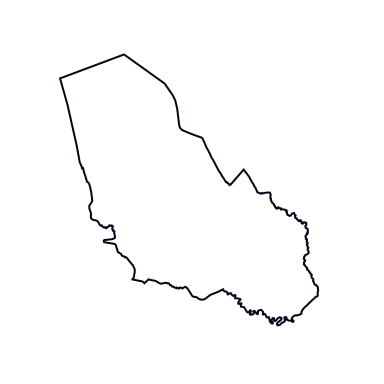 Bang Kaeo, Phatthalung, Thailand, rotated 257°
{"feature_id": "78962969B48542053253102", "entity_name": "Bang Kaeo", "entity_type": "district", "adm_level": 2, "iso_a3": "THA", "parent_name": "Thailand", "parent_adm1": "Phatthalung", "projection": "orthographic", "projection_center": [100.142, 7.416], "detail": "fine", "context": "isolated", "style": "outline", "palette": "ink", "viewbox_px": 384, "rotation_deg": 257, "n_neighbors": 0, "source": "geoboundaries", "source_scale": "gbopen_adm2", "svg_char_len": 5919}
<svg xmlns="http://www.w3.org/2000/svg" viewBox="0 0 384 384"><g transform="rotate(257 192 192)"><path d="M332.4,89.0L305.1,90.3L263.1,90.1L246.2,89.3L242.3,90.1L239.8,90.2L239.6,90.4L239.8,91.2L234.4,91.3L231.0,91.7L225.6,92.0L224.9,92.8L223.9,93.4L222.6,93.7L218.8,93.8L214.6,93.8L206.2,92.9L205.2,92.4L204.6,91.9L201.9,89.0L201.3,88.7L199.0,88.3L193.9,88.8L190.3,87.8L189.2,87.7L188.7,88.0L187.1,89.3L185.8,92.3L184.5,93.6L183.6,94.0L181.2,94.5L180.2,95.0L179.7,95.5L179.8,96.6L178.6,96.9L177.5,97.8L177.2,98.5L177.3,99.1L177.2,99.6L177.1,99.8L176.3,99.7L176.1,99.9L176.0,100.6L176.8,101.1L176.8,101.7L177.2,102.8L177.2,103.3L177.9,103.6L178.1,104.0L177.5,105.0L177.5,106.3L176.6,107.1L176.3,107.1L176.1,106.5L175.4,106.7L174.9,106.4L174.4,106.3L174.2,106.0L174.0,105.9L172.5,106.3L172.5,106.8L172.2,107.2L171.9,107.1L171.7,106.6L171.4,106.6L170.7,107.4L170.3,107.1L166.3,106.9L165.0,106.7L164.6,106.5L164.4,106.1L164.0,103.5L164.5,99.2L164.5,98.4L164.9,96.2L164.9,95.7L164.5,95.1L162.9,95.0L158.9,104.7L158.4,105.4L157.7,105.8L150.1,106.3L149.4,107.3L148.8,107.6L147.7,108.9L145.8,109.4L145.0,110.3L144.4,111.5L143.3,112.0L143.4,112.9L142.3,113.8L137.8,115.8L136.5,116.7L135.4,117.0L133.9,118.0L129.4,118.8L126.8,118.2L121.9,116.0L120.9,115.1L120.6,114.5L120.2,114.3L116.0,123.5L115.4,124.2L113.8,125.1L116.6,130.0L115.5,132.1L114.0,135.6L113.1,137.1L110.8,139.3L109.7,141.0L109.5,142.1L109.6,144.7L109.3,146.6L109.0,146.8L108.8,147.3L108.4,147.7L108.3,148.8L107.2,149.4L106.3,149.6L106.2,150.1L105.3,151.0L104.4,151.3L103.9,152.7L103.0,153.2L102.2,154.7L101.8,155.1L102.4,155.6L102.3,155.9L101.7,156.1L101.6,156.9L100.8,157.4L100.8,157.8L101.4,158.3L101.6,159.1L101.0,160.1L100.2,160.7L101.2,164.0L100.9,164.2L100.8,164.5L100.3,164.7L99.9,165.4L99.4,165.7L95.9,167.1L90.8,168.8L90.2,169.3L89.6,169.9L88.9,172.2L88.1,173.1L86.1,174.9L84.9,177.1L84.7,178.4L84.7,179.5L85.1,181.2L87.7,187.1L89.1,196.3L90.0,199.0L90.1,200.5L89.2,200.4L88.0,201.2L87.7,201.6L87.4,202.7L86.4,203.7L85.8,203.9L84.5,203.6L84.2,203.7L84.1,204.2L84.8,206.2L84.8,207.0L82.0,208.1L81.5,209.0L82.0,210.3L81.9,210.8L81.7,211.0L81.3,211.1L79.4,210.1L78.8,210.1L78.2,212.1L76.8,215.0L76.4,215.1L76.0,214.9L74.8,213.0L74.0,212.2L73.5,212.0L72.6,212.0L72.4,212.4L72.5,214.6L72.4,215.0L72.0,215.0L70.1,213.9L69.2,214.0L68.8,215.2L68.0,216.8L63.0,218.5L62.4,218.9L62.1,219.4L62.1,219.9L62.4,220.6L63.6,221.9L63.6,222.3L63.4,222.6L62.8,222.6L61.8,222.3L60.3,220.9L59.9,220.8L59.5,221.0L59.2,221.6L59.1,222.7L59.2,223.7L59.5,224.7L60.3,225.2L61.9,224.9L62.2,225.2L62.2,225.6L62.0,226.2L60.1,227.0L58.6,227.9L58.2,228.2L58.2,228.6L58.5,228.9L60.5,229.1L61.2,229.5L61.7,231.7L61.6,232.8L60.6,233.6L59.4,234.1L58.7,234.1L56.8,233.5L56.6,234.0L57.1,235.0L57.0,235.3L55.9,235.9L53.0,236.6L52.9,236.8L52.9,238.3L52.5,239.0L51.2,238.6L50.1,239.1L48.8,238.6L46.4,239.7L45.8,240.3L45.7,240.9L46.2,241.4L46.8,241.3L48.1,240.5L48.5,240.5L49.3,240.8L50.9,242.1L51.0,242.5L50.4,243.6L48.5,243.0L47.9,243.3L47.5,243.9L47.7,244.8L48.8,245.9L49.8,247.6L50.1,248.5L50.1,249.3L49.3,250.7L48.1,250.6L47.4,250.1L45.9,246.8L44.7,245.3L44.3,245.1L43.5,245.0L42.7,245.6L42.8,247.8L44.3,250.0L44.6,252.0L45.8,254.0L46.2,254.1L47.9,253.6L48.6,253.6L49.0,253.9L49.1,254.7L49.1,255.2L48.7,255.7L46.6,255.8L45.4,256.8L45.1,257.2L44.4,259.3L43.6,260.2L42.7,260.9L42.8,261.5L43.1,261.8L43.6,261.9L45.5,260.7L46.0,260.7L46.6,261.0L47.4,261.7L48.2,263.2L48.6,264.7L48.1,267.4L48.5,270.5L49.0,271.3L50.4,271.6L52.5,273.4L54.0,275.3L55.9,278.9L57.8,281.8L61.4,288.1L62.0,288.8L62.1,290.6L62.8,291.3L65.8,291.8L67.3,292.7L71.3,293.2L71.9,292.9L72.8,292.0L73.6,292.0L74.1,290.8L75.6,290.4L76.4,290.4L78.1,289.9L78.8,290.5L79.3,290.6L79.8,290.5L81.1,289.6L83.1,289.4L83.5,289.4L84.2,290.0L84.5,289.6L85.7,289.4L86.5,288.8L87.4,288.7L88.0,288.2L89.1,287.9L89.6,287.6L90.5,286.7L90.9,286.7L91.5,287.0L92.3,287.1L93.1,286.3L95.8,285.3L96.2,284.7L97.2,285.1L98.5,285.4L98.9,286.3L99.6,286.8L100.6,286.7L100.7,286.4L101.5,285.9L103.9,286.8L104.3,287.9L105.2,288.4L105.2,289.2L105.5,290.4L106.4,292.0L108.0,292.3L109.5,291.6L110.7,292.1L111.3,292.8L112.2,292.3L113.4,292.5L114.2,292.1L114.7,292.1L115.4,292.2L115.6,292.4L115.8,293.2L116.1,293.3L117.8,292.5L119.0,293.1L120.0,293.3L120.6,293.1L120.8,292.4L121.9,292.7L123.1,292.5L123.6,292.7L124.5,294.0L125.1,294.2L125.1,294.8L125.7,295.5L126.3,295.1L126.7,295.6L127.3,295.7L127.6,296.1L130.1,296.3L131.3,294.8L131.7,294.6L132.2,294.8L132.9,294.7L133.3,294.8L134.1,295.9L134.6,296.1L136.3,296.3L136.4,295.4L137.2,294.9L137.3,294.2L137.3,293.8L136.3,292.9L136.2,292.5L137.3,291.7L137.8,291.7L138.8,292.1L139.9,291.6L140.2,291.2L140.3,290.5L139.5,290.1L139.8,289.3L140.9,288.9L142.1,288.0L142.9,288.0L143.4,286.9L144.9,286.8L145.8,287.7L146.2,287.5L146.6,286.9L148.5,286.7L148.6,284.9L148.3,284.4L146.8,283.1L146.7,282.0L146.8,281.6L147.8,280.8L148.4,279.7L150.5,279.8L151.3,279.5L151.4,279.9L151.8,280.1L152.1,280.0L152.3,279.6L152.5,279.7L152.6,280.0L153.0,279.8L153.9,278.4L154.7,276.4L155.0,275.6L154.9,274.8L155.2,274.7L155.9,274.9L156.0,274.3L156.5,274.1L156.8,273.5L157.2,273.3L157.8,272.3L157.6,271.8L156.7,271.7L156.7,271.1L156.9,270.6L158.2,269.8L159.2,269.5L159.8,269.7L160.8,268.9L161.5,269.1L163.5,267.9L163.8,267.5L165.7,267.3L166.5,267.0L167.7,267.5L168.5,266.9L171.2,267.9L172.2,268.1L172.7,267.8L173.9,267.8L174.6,265.1L174.8,262.7L174.6,260.9L175.3,260.3L174.8,258.7L175.9,257.7L176.0,257.2L176.4,256.6L176.8,255.7L181.7,254.8L183.5,254.0L186.2,253.5L187.6,252.8L194.3,251.0L202.2,247.4L190.6,231.4L190.9,231.0L190.4,230.1L193.5,228.5L193.6,228.4L193.5,227.8L193.9,227.4L196.9,226.3L198.5,225.8L200.4,225.0L202.7,224.4L206.8,222.8L218.3,219.8L221.1,218.8L224.3,218.2L229.3,217.0L231.6,216.2L238.6,215.0L241.8,214.3L242.5,214.0L248.2,205.2L253.5,197.7L255.2,195.8L257.1,194.9L258.1,194.6L260.5,194.6L276.4,196.3L284.7,196.3L290.3,195.1L303.7,189.8L341.3,156.7L332.4,89.0Z" fill="none" stroke="#020617" stroke-width="2"/></g></svg>